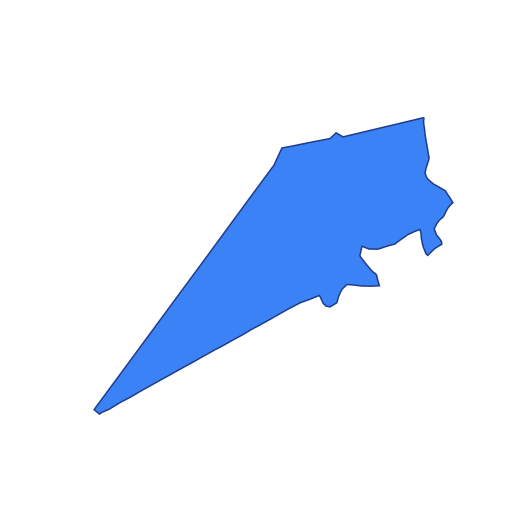 Salkhad, As Suwayda', Syria (Robinson projection), rotated 159°
{"feature_id": "27442178B39967895671995", "entity_name": "Salkhad", "entity_type": "district", "adm_level": 2, "iso_a3": "SYR", "parent_name": "Syria", "parent_adm1": "As Suwayda'", "projection": "robinson", "projection_center": [36.79, 32.496], "detail": "fine", "context": "isolated", "style": "filled", "palette": "blue", "viewbox_px": 512, "rotation_deg": 159, "n_neighbors": 0, "source": "geoboundaries", "source_scale": "gbopen_adm2", "svg_char_len": 2107}
<svg xmlns="http://www.w3.org/2000/svg" viewBox="0 0 512 512"><g transform="rotate(159 256 256)"><path d="M458.8,164.5L458.6,164.5L456.5,165.2L454.7,165.3L448.5,165.5L435.4,167.9L422.6,169.4L409.6,171.6L399.3,173.0L397.4,173.3L395.4,173.6L386.7,174.8L374.6,176.5L363.6,178.1L361.8,178.3L352.1,179.6L344.0,180.9L340.9,181.3L329.0,183.0L317.3,184.4L310.9,185.4L307.4,185.9L303.4,186.4L295.9,187.4L286.1,189.1L275.0,190.5L263.1,192.2L254.0,193.6L243.7,195.1L230.9,196.5L222.1,196.3L220.5,196.3L215.4,196.4L210.9,196.4L210.2,187.7L210.1,187.4L208.7,184.3L206.7,183.0L205.1,182.0L202.1,182.5L197.3,183.4L192.7,189.5L187.5,194.2L185.8,194.9L181.3,196.8L175.4,194.0L168.3,190.2L162.8,188.0L159.4,186.6L157.0,185.8L151.5,184.0L151.4,185.0L151.1,188.5L150.7,192.6L150.3,194.5L150.3,194.8L150.8,196.8L152.0,198.2L153.6,201.7L156.6,210.4L157.8,214.5L159.0,218.9L158.9,219.1L158.0,220.5L157.6,220.9L157.5,221.2L153.5,227.1L148.0,222.0L139.6,218.7L136.7,218.5L133.0,218.4L132.2,218.3L130.7,218.3L129.1,218.1L124.8,217.7L122.2,217.4L119.4,218.2L118.5,218.5L116.6,219.0L114.7,219.5L114.3,219.6L107.0,221.5L99.5,222.0L93.5,222.1L93.8,217.9L95.0,214.5L96.2,208.0L96.6,204.1L96.5,197.0L95.4,195.0L86.9,198.8L78.2,200.5L77.7,203.6L78.5,206.5L79.9,210.9L79.9,217.5L78.4,218.8L75.4,221.6L71.8,223.8L67.1,225.5L65.2,227.0L63.2,229.1L59.3,232.3L54.7,234.7L53.1,235.2L53.3,236.7L53.7,238.8L53.8,239.4L54.1,240.7L54.2,241.3L54.3,241.9L54.4,242.0L55.3,246.2L55.9,249.2L64.6,259.7L66.5,263.2L68.2,266.7L68.3,267.2L68.5,268.7L68.5,272.7L65.9,276.9L60.3,283.8L59.1,286.0L58.5,289.7L57.8,292.9L56.4,299.9L56.0,302.3L54.2,310.5L53.2,313.9L52.3,318.3L51.1,322.2L49.8,324.5L50.5,325.2L67.6,327.4L67.7,327.5L68.0,327.5L71.4,327.9L92.1,330.7L110.7,333.2L132.0,336.0L134.2,338.7L137.1,342.3L137.2,342.2L137.7,342.0L139.0,341.5L144.7,339.1L145.9,339.3L150.4,340.1L159.4,341.7L193.1,347.5L201.2,339.7L206.8,334.2L208.1,333.4L208.4,333.2L208.7,333.0L208.8,333.0L215.5,328.7L233.1,317.5L236.2,315.5L243.6,310.8L254.1,304.0L267.2,295.6L303.2,272.4L303.4,272.3L462.2,170.6L458.8,164.5Z" fill="#3b82f6" stroke="#1e3a8a" stroke-width="1.5"/></g></svg>